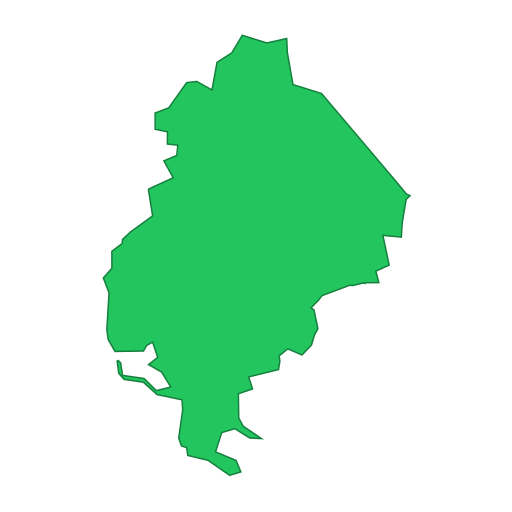 the district of Chesterfield, Virginia, United States of America, rotated 92°
{"feature_id": "52423323B79488300167847", "entity_name": "Chesterfield", "entity_type": "district", "adm_level": 2, "iso_a3": "USA", "parent_name": "United States of America", "parent_adm1": "Virginia", "projection": "mercator", "projection_center": [-77.515, 37.39], "detail": "fine", "context": "isolated", "style": "filled", "palette": "green", "viewbox_px": 512, "rotation_deg": 92, "n_neighbors": 0, "source": "geoboundaries", "source_scale": "gbopen_adm2", "svg_char_len": 1419}
<svg xmlns="http://www.w3.org/2000/svg" viewBox="0 0 512 512"><g transform="rotate(92 256 256)"><path d="M365.3,390.0L365.9,391.1L378.1,389.1L383.9,383.5L386.1,364.2L398.0,350.0L402.3,324.9L412.5,323.9L440.6,326.9L448.4,323.9L449.9,318.7L457.7,317.2L461.9,296.8L476.1,274.7L472.3,263.6L461.0,268.8L453.2,289.6L433.7,284.1L429.3,271.2L438.1,256.0L438.3,244.2L426.5,262.9L418.4,267.6L394.3,268.8L389.0,254.8L377.1,259.1L368.7,229.5L360.4,228.5L354.9,229.3L347.7,221.0L353.3,206.6L343.1,197.5L332.9,194.8L326.5,191.6L307.8,196.2L305.9,199.2L297.8,191.8L297.2,191.5L293.3,188.6L281.9,161.2L282.2,158.6L279.1,147.3L279.5,147.0L279.6,146.8L279.7,146.3L279.3,146.2L279.2,146.0L278.9,145.4L278.3,132.3L267.0,135.7L260.4,122.6L231.0,129.9L232.0,111.4L219.0,111.1L213.5,110.5L194.2,107.9L190.3,104.2L188.8,107.8L175.8,119.4L115.8,173.9L91.3,196.2L83.4,225.0L51.5,231.8L37.6,232.9L42.7,252.7L35.9,277.4L53.8,287.3L63.8,301.7L91.6,305.8L83.6,321.3L85.1,331.3L111.0,348.4L116.6,361.8L132.9,361.2L135.0,348.8L147.2,348.5L148.0,338.0L158.3,338.7L164.1,351.4L180.7,341.5L192.5,365.1L193.6,365.8L219.5,360.7L236.3,382.2L244.1,390.0L248.2,390.2L256.3,400.2L273.2,399.6L283.3,407.8L297.9,401.6L334.9,402.5L344.6,400.8L356.3,393.6L354.9,365.1L349.2,362.2L345.7,356.3L360.8,350.7L368.3,359.6L375.3,346.3L389.9,336.6L394.0,350.9L382.3,363.6L380.0,385.2L367.4,387.6L365.3,390.0Z" fill="#22c55e" stroke="#15803d" stroke-width="1.5"/></g></svg>